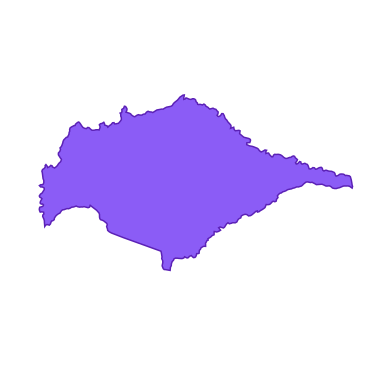 Herval, Rio Grande do Sul, Brazil (Natural Earth projection), rotated 22°
{"feature_id": "56859067B25919241762236", "entity_name": "Herval", "entity_type": "district", "adm_level": 2, "iso_a3": "BRA", "parent_name": "Brazil", "parent_adm1": "Rio Grande do Sul", "projection": "natural_earth1", "projection_center": [-53.366, -32.034], "detail": "fine", "context": "isolated", "style": "filled", "palette": "violet", "viewbox_px": 384, "rotation_deg": 22, "n_neighbors": 0, "source": "geoboundaries", "source_scale": "gbopen_adm2", "svg_char_len": 6015}
<svg xmlns="http://www.w3.org/2000/svg" viewBox="0 0 384 384"><g transform="rotate(22 192 192)"><path d="M265.5,179.1L265.5,175.8L266.7,175.5L267.7,175.0L268.7,174.3L269.5,172.7L270.2,170.7L271.2,170.0L272.5,170.0L273.5,168.9L273.1,167.1L273.8,165.0L272.6,163.5L273.3,161.5L274.0,160.2L275.2,159.4L276.0,157.9L277.3,156.9L278.6,155.7L279.8,154.0L281.5,152.8L283.1,151.8L284.0,150.8L285.6,149.7L287.2,148.0L288.7,147.5L291.2,145.5L291.9,144.3L292.4,142.9L294.0,140.1L295.5,139.3L298.2,138.9L299.7,138.0L303.0,138.3L304.5,138.6L309.6,136.1L311.1,136.1L313.9,136.3L315.2,135.8L317.0,134.8L318.9,135.0L320.8,135.7L322.8,135.4L324.4,134.8L325.6,133.8L327.2,132.7L329.9,130.0L330.8,129.4L334.5,127.9L336.0,127.7L339.0,128.4L338.8,126.7L337.7,125.3L336.9,123.9L335.2,121.2L333.1,118.5L331.8,118.1L329.0,118.7L328.0,119.3L326.7,118.8L325.3,118.8L323.2,119.6L322.2,120.3L321.3,121.9L319.7,123.3L318.3,122.4L317.7,121.4L316.6,120.6L313.8,120.5L310.9,121.4L308.5,121.5L307.4,122.0L306.5,123.1L305.2,122.9L303.8,121.1L302.5,120.7L300.8,121.8L299.0,124.0L297.9,124.6L296.5,123.7L294.9,124.1L294.3,125.2L293.2,126.3L291.9,126.6L289.9,124.2L288.6,123.2L287.3,123.3L285.9,123.1L283.6,124.9L282.4,124.6L281.7,123.4L280.4,123.4L279.9,124.8L279.3,126.2L278.2,127.0L277.0,126.1L277.5,124.6L277.7,122.6L276.5,122.0L275.2,121.7L273.7,120.5L272.5,120.6L271.5,121.5L270.7,122.8L269.5,123.4L268.6,124.2L267.6,125.2L266.2,125.8L264.4,125.6L261.6,124.6L260.1,124.4L259.0,124.5L257.7,124.8L255.9,125.7L254.5,126.1L253.8,127.2L253.7,129.1L252.6,129.5L250.1,128.4L248.4,127.2L247.2,127.7L246.1,128.6L245.3,127.0L245.5,125.4L243.9,125.7L242.4,127.7L241.1,129.0L239.9,128.7L238.6,128.2L237.5,127.4L236.2,127.0L232.4,127.0L230.9,127.1L227.9,127.7L226.7,127.6L225.0,127.6L224.4,125.9L225.6,125.2L227.1,124.6L227.0,122.5L226.4,121.4L224.7,121.1L219.6,121.8L218.2,121.4L214.3,120.1L213.7,117.3L212.5,117.2L209.2,119.0L207.7,118.3L206.4,116.3L203.9,118.5L203.7,116.8L203.1,115.6L201.7,114.8L200.4,114.2L198.9,113.5L197.2,112.2L195.6,111.6L194.4,110.5L193.3,109.1L191.5,107.7L190.2,108.2L189.8,110.5L188.6,112.0L187.5,112.1L186.5,111.5L186.8,109.9L186.3,108.0L184.7,107.3L183.2,106.4L181.5,106.6L180.1,106.4L177.4,108.4L176.3,108.1L175.3,107.6L174.3,107.4L172.9,107.3L171.8,106.4L170.1,106.0L169.0,107.4L167.8,107.5L166.6,107.7L165.5,108.4L164.4,108.6L163.6,107.4L161.9,106.7L161.0,105.4L159.9,104.9L158.7,104.9L157.5,105.4L156.3,106.6L154.5,107.0L152.8,106.9L151.2,107.0L150.8,108.3L149.7,109.2L149.1,107.8L148.9,106.6L148.5,104.9L147.3,105.6L145.2,108.7L144.7,110.6L144.0,112.5L142.5,115.1L141.7,116.8L141.3,119.2L140.4,120.4L136.6,122.9L135.3,124.4L134.2,126.0L132.8,126.5L128.7,129.1L125.9,133.0L124.5,133.0L122.6,133.6L121.0,133.6L119.9,135.0L119.3,137.2L117.6,138.2L116.7,139.5L114.9,140.2L113.3,140.4L112.0,141.7L110.8,143.6L109.8,143.8L108.5,143.6L106.9,143.2L105.8,142.5L104.6,142.4L100.9,142.7L101.0,141.0L100.7,139.4L99.7,138.5L98.4,137.6L97.2,137.8L97.2,140.1L96.0,141.7L96.8,143.3L97.0,144.8L95.8,145.8L96.8,146.6L97.5,148.3L98.6,149.5L99.4,151.3L99.1,152.9L98.1,155.9L96.9,156.6L96.0,157.3L94.7,157.8L93.7,156.9L92.4,157.6L91.6,160.0L90.4,161.6L89.7,163.4L88.6,162.5L86.0,162.6L85.1,161.2L84.1,160.4L82.9,162.1L81.5,163.0L80.9,164.4L82.5,166.1L82.7,169.2L81.2,169.6L79.6,170.3L78.4,171.2L77.0,171.9L75.9,172.2L74.6,171.8L72.3,170.9L71.0,171.3L70.4,172.7L68.8,173.2L66.7,173.0L65.3,172.2L62.4,170.2L60.8,169.5L59.8,170.4L58.6,172.8L58.7,174.1L57.7,174.7L55.9,176.8L55.0,178.2L55.1,179.8L55.8,181.3L55.8,182.9L56.3,184.7L56.1,186.3L56.1,187.6L55.0,188.4L53.6,191.7L53.5,193.3L53.8,195.0L53.9,197.3L53.8,198.9L53.1,200.5L54.2,202.0L54.2,203.9L53.5,205.9L54.2,207.6L57.4,209.9L58.7,210.6L58.9,212.2L58.7,213.5L58.1,214.6L57.6,216.1L57.3,217.9L56.6,219.5L55.6,221.2L53.1,221.0L52.4,220.1L51.1,220.2L50.6,221.5L49.9,222.5L49.1,223.4L47.9,222.2L46.3,221.3L45.9,222.5L46.6,223.9L46.0,225.8L45.0,227.1L45.0,228.9L46.0,230.2L48.9,235.4L50.3,236.9L51.1,238.9L51.1,240.5L50.3,241.4L49.0,241.9L48.1,243.2L49.7,244.0L51.5,243.4L53.5,243.7L54.1,245.0L53.4,249.1L52.3,250.7L51.9,252.9L53.0,253.9L54.3,254.0L55.4,254.5L55.0,257.4L55.3,259.1L56.7,259.7L58.0,259.1L59.2,259.7L59.0,261.3L56.5,263.2L56.8,265.1L57.7,266.5L58.8,267.5L60.3,266.6L62.0,266.3L62.9,267.9L62.3,269.2L62.7,270.6L64.8,272.6L65.9,274.0L66.6,275.6L68.4,279.1L68.7,277.6L69.5,276.7L70.5,276.3L72.1,276.2L72.7,274.7L72.6,273.2L72.6,271.6L73.6,270.9L74.6,269.3L74.2,267.6L74.9,264.6L76.4,262.1L77.4,261.2L77.7,259.6L78.0,258.2L78.7,257.0L80.0,256.3L82.3,254.2L83.8,253.8L85.1,252.6L86.1,251.2L87.9,250.2L89.9,248.4L91.4,248.5L93.3,248.2L95.0,247.3L96.2,246.9L97.4,246.0L101.5,245.5L102.7,244.4L102.6,242.5L110.5,244.7L112.0,245.5L113.5,246.2L114.6,247.4L115.7,250.0L116.6,251.3L117.6,251.9L119.1,251.8L120.7,251.8L124.7,253.0L125.8,254.2L125.7,255.8L126.6,257.0L127.4,257.8L128.2,259.2L130.2,259.9L132.6,260.2L145.7,260.0L185.3,258.5L186.2,259.6L188.5,263.4L188.9,265.2L189.9,266.0L190.7,266.9L191.4,268.5L191.7,270.4L192.0,271.7L194.0,273.8L195.2,274.3L196.8,273.8L201.1,272.9L200.2,269.9L200.4,268.1L199.8,266.3L199.7,263.9L200.4,262.2L200.3,260.9L201.3,259.6L203.0,258.9L204.6,258.5L207.1,257.7L208.1,257.2L209.2,256.1L209.4,254.8L211.1,255.0L212.2,255.0L213.2,254.2L213.7,252.7L215.1,251.2L216.5,251.8L217.9,252.3L219.2,251.6L219.7,250.5L219.7,249.0L219.4,247.4L220.5,247.0L221.5,246.2L220.7,243.3L221.3,241.9L221.2,240.6L222.5,238.6L223.5,237.8L225.0,237.3L223.7,234.3L224.0,232.9L224.1,231.3L225.0,230.6L224.3,229.3L226.2,226.8L227.1,224.7L228.5,223.4L227.9,221.9L227.4,220.3L228.6,220.0L229.7,219.9L230.8,219.1L231.8,218.1L232.8,216.7L230.1,215.1L231.2,213.9L234.6,213.6L235.3,212.5L236.0,208.7L236.9,207.0L238.5,207.5L240.0,206.4L241.3,205.2L243.6,204.4L244.8,203.0L244.9,201.4L245.1,200.1L245.7,199.0L246.9,197.7L246.7,195.7L247.7,194.4L248.5,193.6L249.7,192.7L251.5,192.4L253.4,193.0L255.2,191.9L256.2,190.5L257.8,187.5L258.3,186.2L259.6,185.1L260.2,186.1L261.5,185.2L262.4,183.6L263.4,182.4L264.6,180.7L265.5,179.1Z" fill="#8b5cf6" stroke="#5b21b6" stroke-width="1.5"/></g></svg>